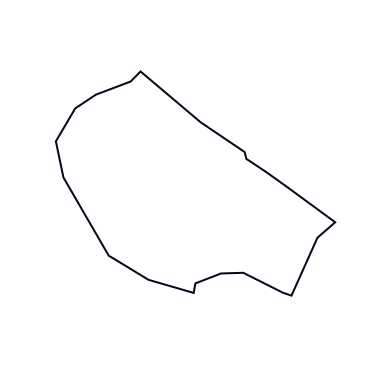 Gwangjin-gu, Seoul, South Korea (Robinson projection), rotated 109°
{"feature_id": "91817680B49246193334347", "entity_name": "Gwangjin-gu", "entity_type": "district", "adm_level": 2, "iso_a3": "KOR", "parent_name": "South Korea", "parent_adm1": "Seoul", "projection": "robinson", "projection_center": [127.088, 37.539], "detail": "fine", "context": "isolated", "style": "outline", "palette": "ink", "viewbox_px": 384, "rotation_deg": 109, "n_neighbors": 0, "source": "geoboundaries", "source_scale": "gbopen_adm2", "svg_char_len": 435}
<svg xmlns="http://www.w3.org/2000/svg" viewBox="0 0 384 384"><g transform="rotate(109 192 192)"><path d="M257.6,64.2L194.4,58.5L174.6,47.1L174.0,46.8L156.8,102.1L148.9,128.6L143.0,151.4L137.1,155.2L123.3,206.4L94.8,279.9L107.5,286.0L131.2,314.5L150.9,329.6L188.4,337.2L220.1,318.3L279.3,250.0L289.2,204.5L286.9,157.6L277.3,159.0L259.6,138.1L251.7,117.2L257.6,73.6L257.6,64.2Z" fill="none" stroke="#020617" stroke-width="2"/></g></svg>